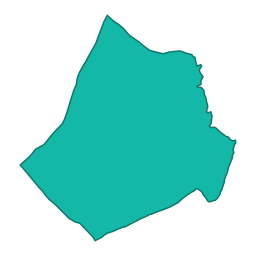 the district of Nrokwia-Wesldow, Grand Kru, Liberia, rotated 90°
{"feature_id": "62588387B98873845016712", "entity_name": "Nrokwia-Wesldow", "entity_type": "district", "adm_level": 2, "iso_a3": "LBR", "parent_name": "Liberia", "parent_adm1": "Grand Kru", "projection": "albers", "projection_center": [-8.32, 4.821], "detail": "fine", "context": "isolated", "style": "filled", "palette": "teal", "viewbox_px": 256, "rotation_deg": 90, "n_neighbors": 0, "source": "geoboundaries", "source_scale": "gbopen_adm2", "svg_char_len": 1996}
<svg xmlns="http://www.w3.org/2000/svg" viewBox="0 0 256 256"><g transform="rotate(90 128 128)"><path d="M240.6,160.9L239.6,158.8L237.6,154.8L234.9,151.5L232.9,148.1L231.5,143.4L229.8,139.6L227.7,134.7L226.6,130.4L224.0,125.6L219.4,116.6L218.0,113.8L217.4,112.0L214.4,106.1L214.1,104.3L211.5,98.2L209.5,92.3L208.8,90.6L206.7,85.4L205.9,84.0L203.4,79.4L202.7,78.0L198.2,73.2L197.7,72.4L192.9,65.8L191.2,62.6L190.1,61.1L188.6,59.9L189.1,58.2L190.7,55.5L192.6,53.7L194.9,52.6L198.0,50.1L199.4,49.3L201.0,48.2L201.9,46.7L201.3,44.5L200.9,43.3L200.1,40.5L198.0,38.4L194.2,36.0L191.4,35.3L190.5,34.4L186.4,33.2L182.0,31.7L179.7,31.5L176.3,30.4L172.4,28.8L169.4,27.8L167.7,27.8L164.7,26.4L159.0,24.1L157.6,23.6L155.6,23.7L152.6,22.1L151.8,22.4L149.7,22.9L147.3,22.4L144.7,21.6L142.7,20.2L140.3,20.6L140.8,23.3L139.7,25.8L138.0,26.8L136.8,28.2L136.4,30.3L135.2,31.4L133.7,33.7L131.5,36.4L128.3,39.8L127.3,41.2L127.5,45.1L126.3,46.7L123.5,44.9L120.0,44.5L116.2,44.0L111.9,45.2L112.7,47.7L112.2,49.4L109.8,49.1L106.6,48.2L104.1,48.7L101.5,49.5L97.8,50.1L94.7,51.6L90.6,52.1L88.2,54.0L87.2,55.5L87.4,58.0L86.2,59.0L85.4,57.5L84.6,55.2L83.1,54.9L81.1,55.3L79.7,54.5L76.8,53.0L74.3,54.8L71.1,56.6L69.3,56.5L67.1,54.9L66.3,54.4L64.7,55.2L66.0,58.8L64.3,59.6L61.5,60.3L57.3,61.0L56.8,62.8L54.5,64.3L53.3,69.7L51.8,73.2L50.9,76.4L51.4,81.1L52.2,87.3L53.7,92.6L52.8,97.4L50.2,106.7L47.1,110.8L46.3,111.8L41.9,117.2L35.4,126.5L28.6,132.5L24.8,136.9L20.6,143.0L15.4,148.7L16.1,149.1L22.0,152.2L28.4,154.6L36.9,157.8L42.8,159.9L49.7,163.7L55.0,166.7L60.4,169.6L68.1,174.2L73.0,176.8L78.1,178.7L84.6,179.7L91.0,182.4L101.9,185.9L108.9,187.9L113.2,189.3L119.9,191.7L124.4,194.2L130.5,200.3L136.2,205.2L144.5,211.9L146.7,215.9L149.1,220.2L156.4,226.2L157.2,227.1L162.5,233.0L165.1,235.8L169.7,231.7L182.0,221.5L188.2,216.4L191.0,213.5L194.7,210.9L198.7,207.6L204.1,201.2L210.4,194.9L218.3,187.0L221.9,181.0L223.3,176.1L230.7,169.0L236.4,163.6L240.6,160.9Z" fill="#14b8a6" stroke="#0f766e" stroke-width="1.5"/></g></svg>